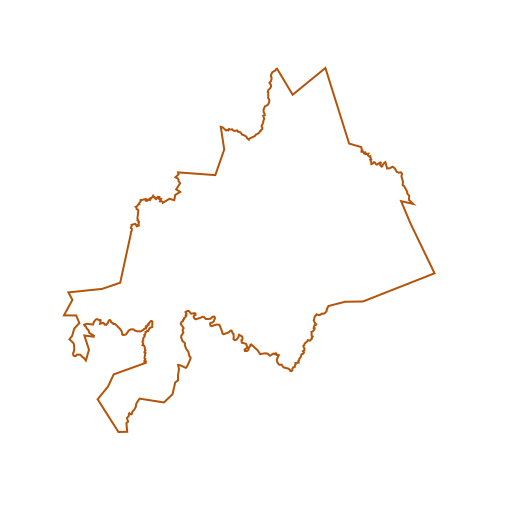 Batopilas, Chihuahua, Mexico, rotated 10°
{"feature_id": "50627088B93587914067010", "entity_name": "Batopilas", "entity_type": "district", "adm_level": 2, "iso_a3": "MEX", "parent_name": "Mexico", "parent_adm1": "Chihuahua", "projection": "mercator", "projection_center": [-107.773, 26.928], "detail": "fine", "context": "isolated", "style": "outline", "palette": "amber", "viewbox_px": 512, "rotation_deg": 10, "n_neighbors": 0, "source": "geoboundaries", "source_scale": "gbopen_adm2", "svg_char_len": 6112}
<svg xmlns="http://www.w3.org/2000/svg" viewBox="0 0 512 512"><g transform="rotate(10 256 256)"><path d="M77.6,324.4L82.8,331.1L77.2,347.8L89.3,345.8L93.7,352.8L89.6,359.0L88.8,366.7L86.7,370.4L91.1,373.3L92.1,374.7L93.2,379.2L93.1,382.3L92.7,383.5L93.2,385.0L93.5,385.7L95.1,386.2L95.9,385.8L96.7,384.3L99.8,383.7L101.2,384.4L102.3,385.6L104.0,386.1L106.6,388.5L107.8,377.3L100.8,364.1L110.2,363.7L110.1,362.6L105.2,360.7L103.8,358.0L102.1,357.0L100.7,355.0L99.4,354.5L98.7,353.5L101.1,352.2L107.4,351.8L107.7,349.3L109.2,346.5L110.1,345.9L111.9,346.0L113.5,346.9L113.4,346.2L114.0,346.1L114.4,348.0L114.2,349.8L117.1,348.4L118.7,349.2L118.9,349.9L120.6,349.7L121.9,347.3L122.2,345.2L123.2,344.4L124.2,345.1L125.0,346.6L126.5,346.9L127.3,347.7L129.2,347.5L134.7,351.4L136.8,353.5L138.0,356.6L139.0,356.9L141.7,355.8L143.6,351.5L145.6,349.9L148.4,349.6L149.4,350.3L151.8,350.8L155.5,350.3L157.9,348.3L158.8,346.9L160.2,346.3L159.9,344.9L160.4,344.8L160.2,344.2L160.9,344.1L161.3,342.2L162.2,342.3L162.3,340.7L163.8,338.3L164.5,338.1L165.4,338.8L166.1,344.0L163.8,345.4L162.8,348.6L161.8,348.5L161.2,349.8L160.4,350.1L160.5,352.8L159.7,353.3L160.3,354.4L159.1,357.0L159.7,358.6L159.0,359.9L160.2,362.2L159.7,363.5L161.4,363.8L162.3,365.1L162.8,367.3L163.6,368.0L162.8,370.0L164.1,370.8L163.7,372.2L164.0,373.8L163.8,374.6L164.1,376.3L164.9,376.7L164.4,378.3L165.6,378.6L166.0,379.2L164.8,380.0L165.6,380.6L136.4,397.3L132.9,410.3L124.9,424.6L151.1,453.2L159.7,451.5L157.4,443.1L158.8,441.4L157.0,437.9L158.5,435.7L158.2,433.8L158.6,432.7L160.5,433.7L161.1,433.2L161.3,430.8L162.8,428.4L163.8,425.6L163.8,421.9L166.1,416.7L190.8,416.2L197.8,406.6L198.4,394.5L200.8,392.0L199.9,386.7L199.8,380.9L198.2,376.8L200.5,376.8L206.0,378.3L206.8,378.0L207.4,376.4L209.3,368.8L209.2,367.2L207.7,366.0L206.0,362.1L203.4,359.6L202.1,357.4L201.4,356.0L201.1,354.1L198.2,352.3L196.5,349.2L196.2,347.8L197.8,344.0L196.9,342.6L196.6,341.2L197.3,339.6L193.6,335.9L194.2,333.6L195.4,332.7L195.3,331.6L195.9,331.1L196.0,329.5L196.8,329.0L197.7,327.0L197.1,326.6L197.6,325.9L197.2,325.3L197.5,324.8L196.3,323.5L197.8,322.1L199.3,321.8L202.2,324.1L205.6,322.9L206.4,323.2L206.6,324.7L205.6,325.1L205.1,326.5L205.8,327.9L207.4,328.8L211.6,326.8L213.8,325.2L215.3,325.1L217.3,326.7L218.1,326.7L221.9,325.8L223.9,323.3L225.7,323.0L226.4,324.4L225.7,327.7L224.6,329.1L222.8,329.8L222.5,330.6L223.2,332.5L224.4,332.8L228.9,330.4L231.9,330.1L236.1,336.9L236.3,338.0L237.6,338.7L242.3,336.0L243.9,334.0L244.9,333.7L246.7,336.5L247.4,336.7L248.2,339.8L248.1,341.5L249.6,342.6L251.1,342.0L252.7,339.2L253.0,336.5L256.3,337.7L257.2,339.7L257.0,341.0L256.3,341.4L257.0,343.8L261.4,344.2L263.2,347.0L263.3,347.9L261.0,350.1L261.6,351.5L263.6,351.1L264.8,349.9L264.9,347.5L266.1,345.7L265.9,344.5L266.7,343.9L274.1,348.7L277.1,351.9L281.3,350.4L283.6,350.1L284.7,350.3L286.7,351.7L287.4,351.6L290.4,348.9L291.9,349.5L292.5,348.4L293.6,349.8L294.7,349.4L295.7,349.7L294.7,353.1L294.6,354.8L295.4,356.9L297.0,358.5L297.9,359.1L300.0,358.5L302.4,360.9L307.6,361.3L309.1,362.2L309.7,363.2L310.7,363.2L311.6,362.5L311.4,360.9L311.8,359.4L313.4,358.6L313.5,356.2L313.9,355.7L313.4,354.5L316.6,353.5L315.9,352.1L316.6,350.8L316.5,349.5L317.5,348.1L317.9,344.9L319.4,344.1L319.9,343.0L320.0,342.5L318.7,341.6L319.8,340.6L320.0,338.9L318.9,337.8L318.2,336.4L319.0,335.2L319.1,333.9L321.1,331.4L321.7,329.8L323.7,330.1L325.4,327.7L325.0,327.1L325.8,325.4L324.7,324.9L323.8,321.1L325.1,320.3L326.2,318.3L326.3,317.0L325.3,316.9L325.6,314.1L326.8,313.6L327.2,312.8L326.0,312.1L324.1,309.6L324.4,305.3L325.3,304.2L325.7,302.9L328.2,303.3L329.8,302.6L330.6,301.4L332.2,301.2L333.8,300.3L335.1,298.0L334.9,296.3L335.4,295.8L335.3,294.3L336.2,293.1L336.1,292.6L351.7,285.6L369.3,282.2L434.8,242.0L402.4,197.0L389.4,176.8L401.8,177.4L396.9,174.2L396.4,170.0L394.1,168.2L393.9,166.7L389.9,161.6L388.2,160.8L387.7,157.0L385.4,152.3L385.5,149.6L384.1,148.4L382.1,149.2L380.0,148.7L377.8,146.0L376.1,144.7L374.9,144.4L372.5,146.3L370.0,147.1L367.1,141.1L366.0,142.3L364.9,144.5L364.8,145.8L364.2,146.2L362.5,144.9L362.7,142.4L362.0,142.3L359.3,145.0L358.4,144.9L356.9,143.3L355.9,143.1L355.1,144.5L353.7,145.5L353.1,143.3L351.7,141.3L351.8,140.8L352.6,140.7L351.7,139.4L351.3,138.0L350.7,138.5L349.1,137.7L348.5,136.6L348.8,135.8L346.4,136.6L345.8,135.0L345.5,135.0L344.8,136.2L343.7,135.0L341.7,135.0L341.7,133.8L342.3,133.3L341.6,132.8L340.8,130.5L328.2,129.1L291.7,58.8L264.1,90.8L244.2,67.9L243.3,68.7L242.9,69.9L240.3,72.0L239.2,75.4L239.8,77.0L240.3,77.4L240.6,79.4L240.3,81.2L239.2,83.1L240.9,84.8L241.4,86.4L240.9,88.1L239.3,90.6L239.1,92.5L239.7,93.0L240.6,98.4L242.1,100.0L242.2,102.1L242.0,103.5L241.2,105.3L238.8,107.1L238.0,110.8L238.7,113.2L239.8,114.5L240.1,115.9L238.7,116.6L240.3,119.6L239.7,121.9L240.0,123.0L238.9,127.3L240.1,128.8L240.1,130.0L239.3,130.8L239.2,131.7L238.1,132.6L238.0,133.6L236.7,135.2L234.8,136.5L234.0,138.1L228.6,141.9L228.6,142.6L226.7,141.5L226.0,140.3L223.8,139.3L221.2,138.9L219.4,137.0L216.6,136.7L215.8,135.6L213.1,136.6L211.7,136.3L210.6,135.4L208.6,136.0L207.4,135.6L206.7,137.2L205.7,136.8L204.7,137.6L201.1,135.2L198.9,134.9L206.2,156.7L201.9,183.4L164.7,187.2L165.5,189.0L163.0,192.5L165.4,193.1L166.3,194.1L166.8,195.7L168.7,197.5L165.8,204.2L170.2,206.1L165.9,209.8L165.8,215.2L160.9,214.7L155.1,219.7L155.0,219.2L153.6,218.5L152.0,218.8L152.5,216.4L151.3,216.8L150.6,216.6L150.9,215.0L150.7,214.6L149.3,214.8L149.4,215.3L148.9,215.4L148.1,216.9L147.2,216.2L147.0,216.7L146.7,216.2L146.3,216.5L144.3,214.5L143.7,216.2L142.7,217.0L142.0,219.3L140.9,219.1L140.9,218.7L140.4,219.3L139.4,219.3L139.6,220.1L139.0,220.7L137.7,220.6L137.3,219.1L133.0,221.0L132.3,220.3L132.9,222.3L131.8,224.2L132.1,225.2L131.3,225.3L130.0,228.0L129.2,228.5L129.7,228.7L130.3,230.5L131.8,230.9L132.3,232.2L132.7,239.6L133.3,240.5L133.0,241.3L134.7,242.3L134.8,243.2L134.5,243.4L135.0,244.7L134.6,245.7L135.0,246.1L134.2,246.2L134.4,246.9L133.5,247.5L131.6,245.3L128.0,246.9L128.3,248.0L127.8,250.0L129.1,250.9L129.2,252.8L128.6,254.3L128.9,255.5L126.9,305.9L110.2,315.1L77.6,324.4Z" fill="none" stroke="#b45309" stroke-width="2"/></g></svg>